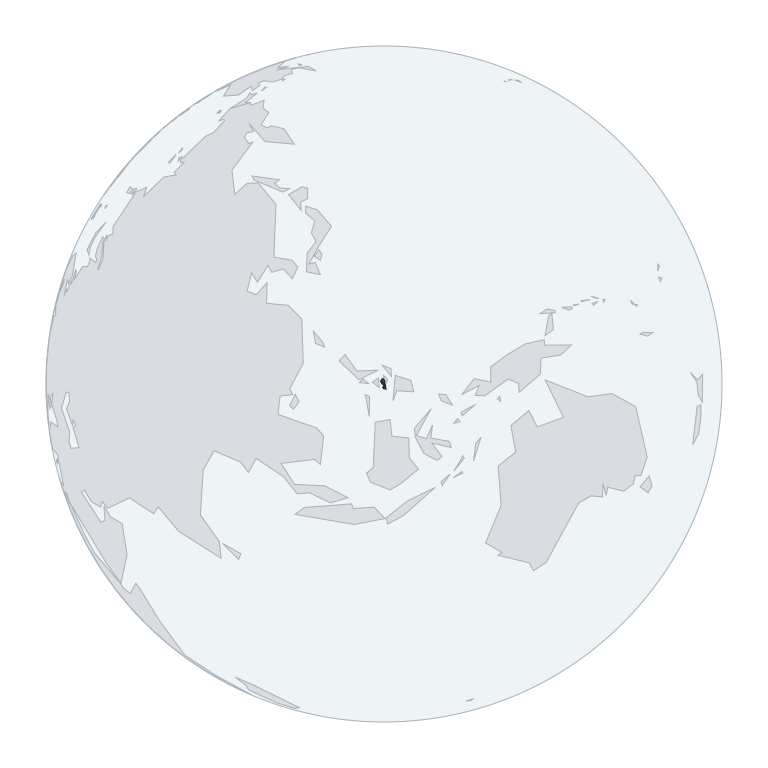 Negros Occidental highlighted on a globe, orthographic projection, rotated 312°
{"feature_id": "PHL-2518", "entity_name": "Negros Occidental", "entity_type": "Province", "adm_level": 1, "iso_a3": "PHL", "parent_name": "Philippines", "parent_adm1": "", "projection": "orthographic", "projection_center": [123.001, 10.217], "detail": "fine", "context": "on_globe", "style": "filled", "palette": "slate", "viewbox_px": 768, "rotation_deg": 312, "n_neighbors": 0, "source": "natural_earth", "source_scale": "10m", "svg_char_len": 9768}
<svg xmlns="http://www.w3.org/2000/svg" viewBox="0 0 768 768"><g transform="rotate(312 384 384)"><circle cx="384" cy="384" r="338" fill="#eef3f6" stroke="#a8b0b8"/><path d="M656.3,507.4L656.0,509.7L655.7,510.1L656.3,507.4ZM567.3,100.1L557.9,94.5L548.4,93.5L556.7,101.0L546.0,94.2L569.2,115.0L571.3,124.2L562.1,109.3L555.8,104.6L553.7,108.0L546.9,104.0L541.9,103.8L533.9,99.2L529.1,92.0L523.8,89.2L522.7,91.9L513.9,89.9L516.4,86.1L501.3,82.4L490.5,72.1L503.6,69.8L490.8,64.1L488.9,62.8L516.1,73.0L542.2,85.4L567.3,100.1ZM700.0,284.8L697.2,277.5L699.6,280.6L700.0,284.8ZM695.0,274.1L696.1,276.3L695.1,274.7L695.0,274.1ZM694.0,273.6L694.7,274.0L694.2,274.3L694.0,273.6ZM692.9,273.9L693.4,273.4L693.4,273.8L692.9,273.9ZM690.2,272.1L689.4,271.4L689.6,270.1L690.2,272.1ZM579.0,108.0L577.6,107.1L576.6,106.4L579.0,108.0ZM564.1,107.9L564.4,106.1L566.5,109.4L564.1,107.9ZM542.6,104.7L544.8,106.6L541.3,105.8L542.6,104.7ZM525.8,98.2L519.6,96.7L525.1,96.9L525.8,98.2ZM515.4,95.1L500.4,92.7L503.9,96.5L485.7,85.3L504.5,90.5L510.7,89.7L510.7,92.3L515.4,95.1ZM478.1,59.4L478.7,59.7L466.4,56.4L463.6,55.6L478.1,59.4ZM478.1,80.1L473.8,78.8L477.4,78.8L478.1,80.1ZM485.1,61.8L482.1,61.2L471.4,58.2L468.8,57.8L466.0,56.3L485.1,61.8ZM458.6,54.6L454.7,53.7L459.2,55.0L451.3,53.3L450.9,52.8L447.7,52.4L445.3,51.9L447.7,52.1L458.6,54.6ZM432.4,49.6L432.0,49.5L431.6,49.5L432.4,49.6ZM442.0,51.1L441.0,50.9L435.4,50.0L436.1,50.1L442.0,51.1ZM446.1,52.6L458.3,55.2L458.0,55.3L446.1,52.6ZM428.3,49.0L429.2,49.2L427.3,48.9L428.3,49.0ZM440.0,51.2L444.4,52.0L443.9,52.0L440.0,51.2ZM427.3,49.0L426.3,48.8L430.0,49.3L427.3,49.0ZM432.7,49.9L431.0,49.8L432.0,49.6L434.7,50.2L432.7,49.9ZM438.9,51.1L440.0,51.4L437.1,50.8L438.9,51.1ZM413.8,47.9L414.1,47.5L422.4,48.3L420.9,48.5L413.8,47.9ZM97.7,204.4L94.7,209.7L94.3,213.6L113.3,188.1L114.1,181.0L125.0,167.1L133.0,161.8L133.9,170.2L138.1,165.2L146.6,150.5L156.0,144.1L150.6,145.1L145.9,150.8L142.4,152.1L146.4,147.1L149.6,144.7L151.9,140.8L136.2,154.9L129.9,162.3L130.1,161.1L149.6,140.5L170.9,121.7L193.7,104.8L192.7,105.5L195.1,104.0L205.6,97.4L202.3,100.0L213.4,93.2L215.6,93.9L222.2,88.0L234.6,81.8L243.0,79.0L248.3,76.3L234.7,81.2L228.1,84.3L220.6,88.4L208.8,95.0L231.3,82.6L254.6,71.9L270.8,66.9L275.4,67.6L255.7,80.1L247.2,82.5L250.0,78.8L235.4,87.3L242.3,84.1L239.6,86.7L250.8,82.9L249.4,84.6L262.6,78.4L262.1,80.2L253.8,84.1L270.0,81.5L272.5,85.1L276.9,83.8L280.8,81.3L281.4,88.4L284.5,87.2L285.6,84.3L292.6,80.3L305.2,76.4L304.7,79.0L300.1,80.8L289.7,89.1L277.5,94.4L278.5,95.2L289.0,91.4L301.8,81.0L309.5,78.0L304.6,82.6L307.0,80.6L310.7,80.1L313.9,82.2L319.7,77.3L361.0,71.2L371.3,76.0L362.3,79.9L390.6,81.9L400.0,89.5L400.9,86.5L415.1,86.9L412.4,84.4L413.9,83.1L449.1,85.7L457.0,89.2L473.2,89.1L473.7,87.9L468.7,85.1L485.7,85.3L503.9,96.5L501.8,98.5L514.6,105.0L508.1,109.4L508.7,116.7L494.3,119.2L496.0,125.7L500.8,127.7L506.7,138.8L502.2,156.9L484.6,133.4L487.2,109.6L484.3,117.9L478.6,113.8L473.7,115.8L472.2,122.5L475.9,124.6L441.2,127.9L425.0,146.3L441.5,147.9L449.2,155.9L445.3,183.5L404.5,217.3L414.4,232.6L413.3,241.6L400.9,245.5L402.2,232.2L391.9,225.9L394.5,218.4L375.1,221.8L377.9,211.3L361.4,220.1L364.9,229.3L381.0,229.3L365.4,242.7L378.5,260.3L377.2,279.5L345.4,310.1L317.4,317.2L315.1,323.3L305.5,314.9L290.4,325.5L306.3,363.4L305.1,373.8L281.6,390.7L281.6,382.9L256.1,360.6L249.5,384.7L268.7,408.0L275.3,433.2L259.7,423.6L253.3,401.4L244.3,392.9L248.0,371.6L243.1,338.8L227.5,342.6L230.0,330.0L220.8,302.4L199.1,307.2L163.7,335.3L156.7,367.2L145.5,379.5L137.1,329.8L141.6,298.5L133.4,299.6L129.1,271.0L106.8,261.9L108.2,253.5L103.0,255.6L100.7,245.4L104.7,232.2L101.2,231.3L91.8,266.3L96.1,267.7L106.1,257.4L102.2,269.5L105.0,282.8L85.3,307.2L59.8,321.9L65.0,297.6L85.9,229.1L89.6,222.7L90.1,222.0L90.8,220.6L84.7,230.5L90.9,217.9L71.4,263.2L64.7,282.3L59.3,323.1L57.9,326.3L58.5,335.6L69.9,332.9L68.2,340.8L58.1,374.7L49.2,417.6L54.9,453.8L61.8,483.3L64.4,493.7L57.1,469.7L51.7,445.2L48.0,420.4L46.3,395.4L46.4,370.3L48.3,345.3L52.1,320.5L57.7,296.1L65.1,272.1L74.3,248.8L85.2,226.2L97.7,204.4ZM126.8,194.4L132.6,200.0L143.8,181.8L146.9,182.8L149.6,176.7L144.6,180.5L153.1,164.6L160.5,162.2L166.9,155.4L165.3,153.3L150.3,160.5L137.9,182.8L130.7,188.3L126.8,194.4ZM394.0,46.2L395.1,46.3L386.7,46.4L373.4,46.5L376.3,46.6L370.0,47.3L358.8,48.0L364.5,47.1L348.0,48.8L349.3,48.1L347.3,48.4L344.1,48.5L336.8,49.4L365.3,46.6L394.0,46.2ZM418.9,47.9L419.0,47.9L413.4,47.4L412.6,47.4L407.5,47.0L411.0,47.8L394.9,47.0L387.7,46.5L405.3,46.8L418.9,47.9ZM309.8,56.5L314.3,55.2L315.9,55.0L327.9,52.7L327.9,53.6L320.6,55.3L309.8,56.5ZM109.6,191.4L105.8,195.3L107.6,192.1L108.5,191.4L109.6,191.4ZM109.9,186.4L109.2,187.4L109.6,186.8L109.9,186.4ZM311.8,57.0L316.8,55.8L313.6,57.1L311.8,57.0ZM328.5,54.2L325.9,55.4L329.3,53.5L328.5,54.2ZM203.1,656.8L210.1,661.1L206.9,660.5L203.1,656.8ZM73.0,488.7L86.8,537.5L83.4,534.9L75.8,518.8L66.0,488.3L67.7,482.5L66.6,469.7L73.0,488.7ZM360.6,498.2L371.1,500.6L370.7,502.1L360.6,498.2ZM349.5,491.9L361.4,493.5L347.6,495.1L349.5,491.9ZM366.1,494.1L378.2,492.2L383.4,490.2L382.6,493.3L366.1,494.1ZM341.5,491.2L298.9,486.4L282.4,480.4L286.0,475.2L312.8,479.7L341.5,491.2ZM284.7,474.9L259.7,455.9L227.6,405.1L239.0,407.5L273.1,440.0L270.9,444.6L285.9,459.0L284.7,474.9ZM346.1,452.2L343.8,466.6L320.0,462.9L309.4,459.4L302.0,439.7L306.1,430.6L314.7,431.9L349.7,403.1L361.6,412.2L350.6,424.8L360.4,438.5L346.1,452.2ZM157.5,370.6L162.1,391.2L156.3,393.3L157.5,370.6ZM364.8,381.9L350.1,394.6L363.8,377.1L364.8,381.9ZM373.6,365.0L374.0,372.2L368.6,364.8L373.6,365.0ZM313.8,332.9L304.6,333.5L304.9,328.5L316.9,324.9L313.8,332.9ZM376.0,296.1L374.1,310.4L371.7,315.1L368.4,306.0L376.0,296.1ZM318.3,69.2L301.5,70.8L289.4,74.0L282.5,78.3L285.0,73.5L303.7,68.6L318.3,69.2ZM355.7,70.3L361.7,67.5L364.0,69.1L362.9,69.9L355.7,70.3ZM355.9,68.4L354.1,64.7L360.6,63.4L360.8,66.5L355.9,68.4ZM332.2,58.9L327.3,59.1L329.9,57.9L332.2,58.9ZM576.9,631.6L580.5,633.5L570.9,642.1L557.7,651.0L545.5,654.1L576.9,631.6ZM479.9,653.1L478.9,643.1L493.1,642.6L487.7,651.3L479.9,653.1ZM586.1,624.8L594.7,615.4L597.5,603.9L597.0,614.3L604.4,614.2L583.5,632.6L586.1,624.8ZM425.7,608.3L360.0,623.9L345.2,620.0L348.2,611.6L333.1,583.4L337.8,584.4L333.7,565.8L372.1,552.4L399.3,523.8L421.6,527.4L437.9,506.2L461.2,509.4L454.6,526.6L479.3,539.7L494.9,501.1L510.9,544.1L529.4,559.8L535.6,586.2L505.8,628.5L487.9,636.2L484.0,632.1L476.7,636.1L464.7,633.8L457.1,619.5L449.9,623.5L456.5,613.3L446.3,622.1L439.6,612.8L425.7,608.3ZM592.3,540.8L595.9,542.0L601.9,549.3L596.0,547.9L592.3,540.8ZM647.1,516.4L648.8,519.8L645.0,520.8L647.1,516.4ZM655.7,510.1L651.1,511.7L656.3,507.4L655.7,510.1ZM610.6,516.4L612.5,519.0L611.0,520.0L610.6,516.4ZM609.2,515.5L611.2,511.3L611.0,515.5L609.2,515.5ZM591.5,492.4L593.6,490.2L594.7,492.0L591.5,492.4ZM386.7,502.1L401.2,492.0L409.3,491.7L386.7,502.1ZM588.3,487.6L582.8,487.1L583.3,484.8L588.3,487.6ZM588.6,482.3L587.9,479.1L591.4,486.7L588.6,482.3ZM578.0,474.9L584.7,480.8L577.2,475.5L578.0,474.9ZM574.0,475.5L569.2,472.8L569.5,471.8L574.0,475.5ZM520.3,477.3L538.4,497.2L524.1,496.0L508.1,483.3L496.0,493.6L468.3,490.0L474.5,483.6L470.7,472.9L442.4,466.7L436.7,459.5L446.7,455.7L428.2,448.9L448.4,447.4L456.8,462.0L468.2,451.9L488.3,456.0L508.0,462.0L524.1,473.4L520.3,477.3ZM448.8,478.1L452.3,478.3L449.2,482.3L448.8,478.1ZM559.9,464.7L566.9,471.8L566.1,473.5L562.7,472.3L559.9,464.7ZM527.8,471.2L545.0,460.7L549.1,461.1L537.7,473.6L527.8,471.2ZM540.7,452.9L548.8,455.0L553.1,461.8L551.5,463.5L540.7,452.9ZM407.5,461.9L406.8,465.7L401.6,462.2L407.5,461.9ZM414.2,460.1L430.0,465.6L412.8,463.3L414.2,460.1ZM367.4,442.5L371.8,452.1L386.0,447.5L375.2,454.9L385.0,470.9L381.8,476.3L372.1,459.1L368.9,475.6L362.7,474.7L359.1,460.0L365.3,443.0L371.5,436.3L397.2,435.6L367.4,442.5ZM414.0,448.9L409.9,437.9L413.0,431.1L417.5,437.1L414.0,448.9ZM398.1,411.3L387.6,398.1L377.7,401.8L398.0,386.6L404.7,401.7L398.1,411.3ZM389.7,383.6L380.4,387.0L390.2,378.0L389.7,383.6ZM378.2,382.7L377.6,374.1L384.7,375.9L378.2,382.7ZM394.5,384.5L396.8,370.3L400.1,379.0L394.5,384.5ZM375.5,355.1L390.2,370.3L370.4,362.5L371.2,335.2L379.8,335.4L375.5,355.1ZM433.4,254.0L432.2,246.7L440.4,245.9L438.9,251.1L433.4,254.0ZM466.0,239.4L442.2,243.4L423.0,247.9L428.3,251.7L422.7,263.5L415.5,251.2L430.0,239.3L444.4,238.3L447.8,228.8L459.1,223.4L458.6,211.3L463.9,206.9L468.8,217.9L466.0,239.4ZM457.7,206.2L460.9,186.3L475.7,191.0L478.3,196.4L470.6,203.3L463.3,200.3L457.7,206.2ZM466.0,183.1L458.9,180.4L448.7,151.3L450.2,146.6L465.8,169.7L460.0,168.5L459.9,175.3L466.0,183.1ZM474.5,80.3L473.9,78.9L477.1,80.6L474.5,80.3ZM412.1,81.8L414.7,80.3L418.3,81.8L412.1,81.8ZM423.9,77.4L418.0,76.6L424.5,76.3L423.9,77.4ZM404.6,75.5L415.7,75.8L404.8,77.2L404.6,75.5Z" fill="#d9dde1" stroke="#a8b0b8" stroke-width="1"/><path d="M381.6,388.6L381.5,388.4L381.4,388.3L381.3,388.0L381.2,387.9L380.9,387.5L380.8,387.4L380.8,387.2L380.7,387.2L380.7,387.3L380.6,387.2L380.5,386.8L380.6,386.6L380.6,386.4L380.5,386.2L380.8,385.7L380.9,385.4L381.1,385.4L381.3,385.4L381.8,385.4L381.9,385.5L382.0,385.4L382.3,385.4L382.7,385.0L382.9,384.9L383.0,384.9L383.3,384.7L383.3,384.4L383.2,384.2L383.2,383.9L383.2,383.2L383.0,382.5L382.9,382.2L383.0,382.1L383.3,382.0L383.5,381.8L383.5,381.6L384.1,381.8L384.4,381.3L383.9,380.9L383.8,380.5L383.7,380.4L383.7,380.2L383.8,380.2L384.0,379.9L384.3,379.9L384.5,379.8L385.0,379.5L385.2,379.4L385.5,379.4L385.5,379.5L385.8,379.6L386.0,379.7L386.3,379.6L386.3,379.8L386.5,379.7L386.7,379.8L386.9,379.8L387.0,379.9L387.1,380.2L387.2,380.3L387.3,380.4L387.3,380.7L387.2,380.8L387.1,381.0L387.0,381.3L386.8,382.0L386.7,382.2L386.3,382.7L386.2,382.8L386.1,383.0L385.7,382.9L385.5,382.7L385.4,382.7L385.1,382.7L385.0,382.8L384.8,382.8L385.0,383.5L384.9,383.9L384.1,385.5L381.6,388.6Z" fill="#64748b" stroke="#1e293b" stroke-width="1.5"/></g></svg>